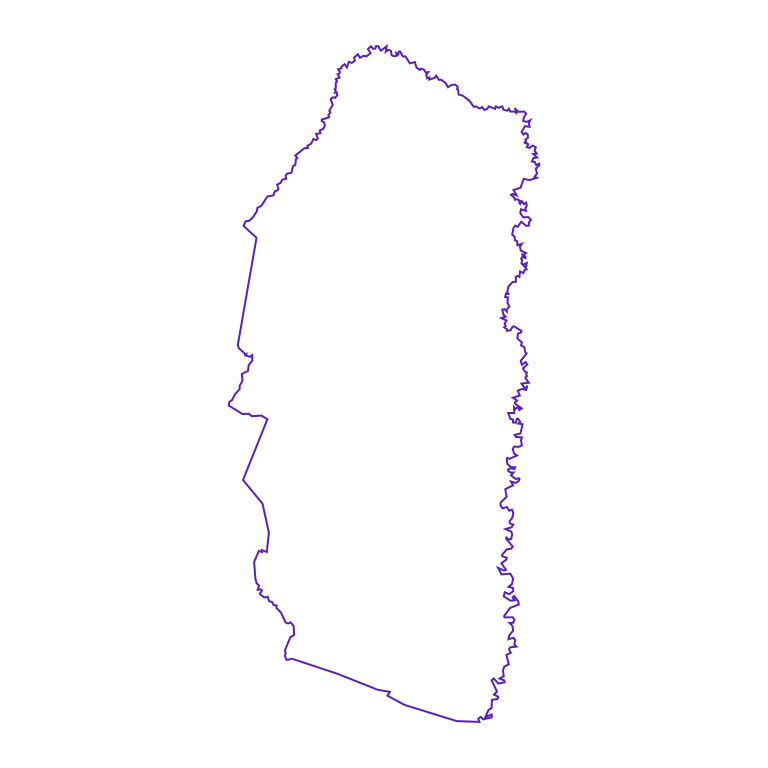 Tala, Entre Ríos, Argentina (Robinson projection)
{"feature_id": "61730980B14565124860161", "entity_name": "Tala", "entity_type": "district", "adm_level": 2, "iso_a3": "ARG", "parent_name": "Argentina", "parent_adm1": "Entre Ríos", "projection": "robinson", "projection_center": [-59.248, -32.313], "detail": "fine", "context": "isolated", "style": "outline", "palette": "violet", "viewbox_px": 768, "rotation_deg": 0, "n_neighbors": 0, "source": "geoboundaries", "source_scale": "gbopen_adm2", "svg_char_len": 6052}
<svg xmlns="http://www.w3.org/2000/svg" viewBox="0 0 768 768"><path d="M536.8,177.8L534.6,176.8L537.0,173.5L535.8,168.8L539.3,165.1L539.2,163.7L536.2,165.1L534.8,162.0L531.9,161.5L533.5,158.0L537.1,157.5L533.3,154.0L536.7,153.5L534.5,150.6L535.8,147.4L532.6,145.5L529.5,147.9L526.9,147.2L528.3,144.2L523.8,142.4L526.3,142.4L525.3,139.8L527.9,137.8L527.8,134.8L525.8,132.9L523.4,134.6L521.6,132.0L524.9,126.2L529.6,126.8L528.9,122.9L530.3,120.2L527.0,121.8L523.3,121.2L523.8,117.5L526.2,113.7L524.2,111.6L518.5,111.8L514.6,108.1L516.8,112.0L516.4,113.1L514.8,111.6L510.3,111.5L508.9,108.7L507.3,110.7L503.4,109.7L502.3,106.4L498.6,107.8L495.8,106.4L495.2,108.9L488.9,106.3L487.0,109.0L484.3,110.0L482.3,107.1L479.7,108.5L475.7,106.4L473.8,106.8L469.2,100.5L462.5,95.5L458.6,94.5L458.1,89.5L457.0,89.0L457.7,86.7L455.1,84.6L451.7,84.8L448.0,87.2L445.5,82.9L441.0,79.7L438.9,79.8L436.2,75.7L434.5,77.9L429.3,79.6L429.4,77.4L427.1,78.2L426.2,74.8L428.2,72.2L425.7,72.4L424.0,69.7L421.0,68.6L419.9,69.9L416.5,67.6L414.9,62.1L409.9,63.4L405.5,56.4L402.8,56.4L400.1,51.6L398.7,51.6L398.3,54.3L396.2,53.0L396.9,55.7L394.1,56.3L391.7,55.3L390.9,50.8L388.1,49.9L385.8,51.8L386.6,46.4L380.9,50.7L378.1,46.1L376.0,46.1L375.3,48.6L373.2,48.8L370.9,46.3L367.9,49.1L370.6,53.1L366.4,56.4L363.5,55.8L360.0,57.8L357.8,54.2L354.1,57.6L354.9,60.8L351.8,62.9L348.8,61.9L346.9,67.5L344.6,64.2L341.4,66.7L341.5,68.2L338.1,69.3L339.9,71.7L339.5,73.5L337.6,74.3L339.6,77.6L335.7,79.2L337.1,81.4L335.7,83.0L335.8,88.1L334.6,89.4L335.8,90.9L334.9,92.7L336.8,92.6L337.3,95.2L335.1,97.9L333.1,97.2L330.6,99.1L332.7,104.8L329.3,110.8L330.3,112.3L328.3,115.2L329.1,117.3L321.8,119.6L321.7,121.1L324.2,122.3L324.8,125.6L323.4,128.7L319.8,130.4L320.5,133.2L316.1,133.9L317.8,138.5L316.3,140.1L313.4,139.0L311.2,143.6L307.4,145.8L307.8,148.1L304.5,148.1L295.3,155.5L297.4,158.0L295.9,159.2L295.3,165.0L293.1,166.0L291.4,172.8L287.0,173.7L285.6,175.7L286.2,178.8L282.3,179.6L280.5,182.9L277.1,184.7L278.5,188.8L277.5,190.4L275.0,191.0L273.4,195.4L267.3,196.5L261.5,205.7L257.5,207.7L256.6,211.7L252.1,218.3L248.9,220.9L245.7,221.3L243.5,225.9L256.5,237.8L237.8,345.1L238.8,348.2L244.6,353.3L245.2,355.2L246.5,354.1L246.5,355.6L249.9,356.8L252.2,355.1L252.3,360.6L248.7,365.1L248.0,370.9L241.8,374.0L242.5,380.8L239.7,385.7L239.6,389.2L235.3,393.9L231.9,400.2L229.6,401.6L228.7,405.5L242.5,414.1L248.9,413.7L251.8,416.2L261.5,415.6L267.4,419.3L243.0,480.0L262.5,503.6L268.9,532.8L266.8,552.0L261.9,550.1L262.0,552.0L258.9,550.9L254.1,561.9L255.4,578.6L256.6,583.3L259.0,585.5L257.7,589.8L260.7,589.3L262.0,590.6L259.9,593.6L260.4,594.7L264.5,597.5L267.7,596.8L269.1,601.1L272.3,602.3L273.7,605.2L276.5,605.4L276.5,608.0L281.1,612.8L285.7,622.6L288.1,623.5L290.7,622.4L293.6,626.0L294.2,634.9L290.4,637.1L285.0,650.2L285.7,653.4L284.8,655.7L286.5,659.9L292.5,658.9L337.5,673.8L377.5,689.7L389.8,691.9L387.5,695.7L404.5,704.9L456.7,721.1L479.4,721.9L478.2,718.8L480.6,716.9L483.3,719.3L491.8,717.3L491.6,714.5L485.4,717.0L488.5,710.0L491.5,708.1L492.0,699.8L497.5,699.0L498.3,696.8L494.0,694.6L497.0,691.6L491.6,680.3L493.7,678.4L498.4,683.6L504.6,682.3L504.3,680.4L499.6,678.6L503.7,676.2L503.0,670.3L504.3,666.6L508.8,664.3L506.4,654.9L510.8,652.8L509.0,649.2L510.0,647.4L516.4,646.6L514.3,644.4L515.2,640.3L513.5,637.8L508.5,639.2L509.2,635.5L513.1,630.6L512.5,626.0L509.6,622.9L513.2,622.8L514.5,619.7L512.7,617.3L504.5,617.4L504.1,616.1L510.0,608.0L518.8,604.5L518.2,601.2L514.2,596.1L512.6,597.2L514.7,600.3L510.4,600.6L503.7,596.3L504.8,592.3L509.3,594.2L513.3,591.0L513.0,588.0L508.6,586.9L512.0,584.0L513.1,578.3L510.2,573.7L501.5,574.4L498.1,567.9L504.1,570.6L506.0,569.9L501.4,563.3L506.2,559.7L506.7,557.8L502.2,556.1L502.0,554.9L506.8,549.4L511.2,548.7L512.8,546.7L506.0,538.5L506.4,537.5L508.7,539.6L511.1,539.0L512.2,534.3L511.2,531.6L505.5,529.1L511.5,527.3L513.3,524.7L509.9,523.4L509.6,521.2L512.4,517.7L513.3,512.8L511.9,509.7L509.2,510.7L506.9,507.0L502.4,508.3L500.5,505.3L500.7,502.5L506.6,496.7L505.3,489.2L513.0,485.3L511.0,481.5L515.5,482.9L518.4,481.3L519.5,479.0L518.6,478.1L516.0,479.1L511.0,475.4L513.5,472.5L510.6,472.5L508.4,471.2L508.1,469.4L510.9,468.2L514.3,469.1L515.1,467.3L510.8,467.1L507.4,464.0L506.7,459.1L507.3,457.8L509.3,458.9L517.0,455.5L514.2,453.7L512.7,448.9L514.3,446.6L518.9,446.8L521.9,445.3L521.0,440.2L521.9,437.4L516.1,437.0L514.6,434.9L520.5,433.4L522.6,424.2L518.4,423.6L520.3,421.8L517.9,418.6L516.8,418.8L515.8,422.7L513.0,422.4L513.1,419.6L510.3,418.8L508.3,413.0L514.3,413.0L514.0,407.4L515.3,409.0L518.4,406.8L519.4,410.1L521.7,408.4L515.1,403.7L515.1,402.2L517.1,400.6L513.0,397.7L519.8,395.5L517.8,390.6L521.9,389.0L526.2,389.9L527.4,385.5L526.5,387.4L524.4,387.7L521.6,383.6L528.9,382.7L525.7,378.6L525.5,377.1L527.0,376.1L526.1,374.2L526.9,372.4L524.9,371.6L522.9,368.3L527.3,364.5L525.6,362.0L521.9,364.8L520.7,360.9L526.6,353.4L524.9,351.6L524.4,347.3L521.0,345.3L521.9,342.3L517.4,338.6L517.9,333.6L520.8,332.7L521.5,330.9L514.0,326.4L512.5,326.7L510.5,330.3L507.1,330.8L506.9,329.2L504.1,327.3L505.7,325.9L504.6,323.4L506.6,320.5L501.3,318.1L505.6,316.6L503.5,314.7L502.3,309.7L504.4,309.1L506.8,311.5L506.7,309.6L509.4,306.7L507.5,302.8L507.9,297.3L505.1,297.0L506.1,293.4L509.2,294.3L507.2,292.6L508.4,286.5L512.6,282.0L515.9,281.7L515.8,276.9L517.5,275.9L519.4,276.8L520.1,271.4L523.3,273.1L524.6,270.3L526.6,269.3L524.2,266.3L526.2,266.4L526.8,263.0L522.9,264.7L521.4,263.2L522.2,260.3L521.1,258.8L522.2,257.2L525.5,258.1L525.4,256.4L522.7,256.3L522.3,254.4L523.8,254.8L526.0,253.0L520.9,250.7L519.9,246.8L521.9,243.8L517.4,245.3L517.2,241.2L514.9,240.2L514.6,236.6L512.2,234.6L513.5,227.9L515.2,225.6L517.7,226.8L521.2,221.7L526.2,225.8L528.8,225.6L529.2,221.9L531.0,219.9L528.5,217.2L523.1,217.2L520.3,213.2L521.0,209.3L525.9,210.8L525.4,208.5L526.8,205.5L526.1,202.6L524.0,204.2L521.9,201.3L520.2,204.0L519.2,202.5L520.0,200.9L517.2,199.3L514.9,199.7L514.5,197.9L511.0,194.8L512.5,194.0L516.6,195.3L513.5,190.0L520.5,187.7L523.7,178.9L529.6,180.1L536.8,177.8Z" fill="none" stroke="#5b21b6" stroke-width="2"/></svg>